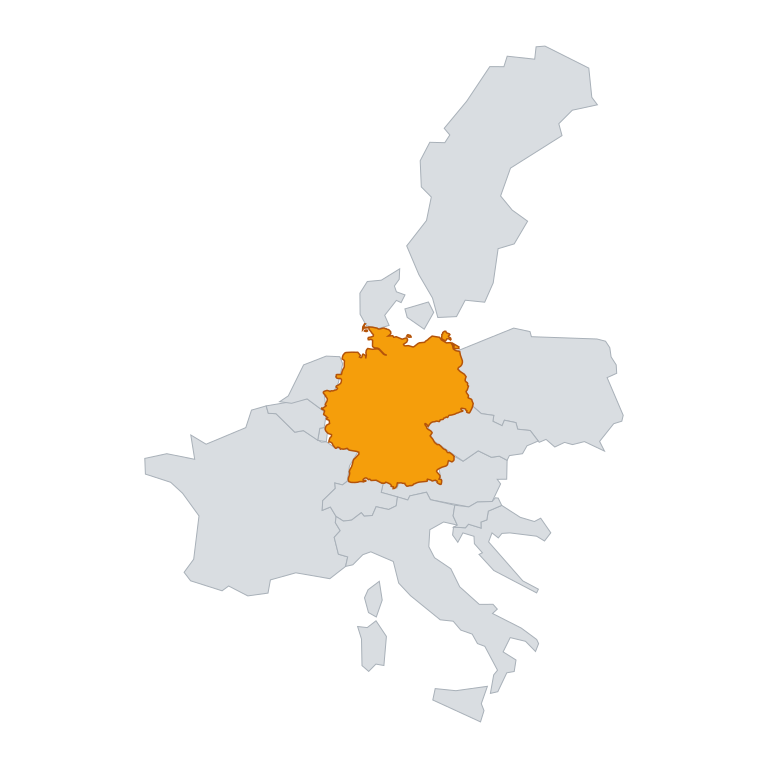 Germany highlighted among its neighbors
{"feature_id": "DEU", "entity_name": "Germany", "entity_type": "country or territory", "adm_level": 0, "iso_a3": "DEU", "parent_name": "Europe", "parent_adm1": "", "projection": "natural_earth1", "projection_center": [10.44, 51.169], "detail": "fine", "context": "with_neighbors", "style": "filled", "palette": "amber", "viewbox_px": 768, "rotation_deg": 0, "n_neighbors": 13, "source": "natural_earth", "source_scale": "50m", "svg_char_len": 11475}
<svg xmlns="http://www.w3.org/2000/svg" viewBox="0 0 768 768"><path d="M326.3,441.7L334.1,447.3L358.2,451.3L349.5,465.9L347.2,481.3L342.5,484.9L334.8,483.0L335.3,488.4L322.7,500.6L322.2,510.4L330.4,507.0L336.1,516.5L335.3,522.6L340.2,530.7L334.2,537.3L338.4,554.2L347.7,556.9L345.6,566.4L329.8,578.7L295.8,572.8L270.4,579.9L268.0,593.1L247.8,595.9L228.6,586.0L222.1,590.8L190.6,580.8L184.1,572.3L193.7,559.2L199.0,515.9L182.6,493.3L170.7,482.3L145.4,474.1L144.8,458.4L166.8,453.7L194.7,459.3L190.8,435.0L206.1,444.2L245.8,427.6L251.5,410.1L266.2,405.9L268.3,413.3L276.0,413.7L294.8,432.2L303.4,430.6L321.4,442.2L326.3,441.7ZM368.1,589.7L379.3,581.3L382.2,600.1L376.3,617.0L368.5,612.6L364.5,597.8L368.1,589.7Z" fill="#d9dde1" stroke="#a8b0b8" stroke-width="1"/><path d="M406.7,245.9L426.5,220.5L431.3,197.0L421.3,186.9L420.2,160.7L429.8,142.3L444.8,142.7L449.8,135.0L444.2,128.3L466.7,101.2L489.8,66.6L503.9,66.7L507.2,56.2L534.7,59.2L536.1,46.8L545.0,46.1L588.8,68.1L591.8,97.3L597.4,104.8L572.3,110.2L558.8,123.7L562.0,135.6L510.5,168.1L500.6,196.0L512.2,210.1L527.6,221.2L514.2,243.9L498.1,248.7L493.2,282.9L484.7,302.2L465.2,300.2L456.5,316.6L437.8,317.5L432.5,298.0L418.9,274.7L406.7,245.9Z" fill="#d9dde1" stroke="#a8b0b8" stroke-width="1"/><path d="M609.8,347.7L611.1,356.9L616.2,364.9L616.7,373.3L607.1,377.6L623.2,415.3L621.8,421.2L613.7,423.7L599.6,441.4L604.5,451.1L584.4,441.6L572.5,444.6L564.5,442.4L554.8,447.0L546.0,439.4L539.2,442.3L530.2,430.5L517.7,429.2L515.9,422.6L504.4,420.2L502.1,425.7L492.9,421.3L493.8,415.4L481.3,413.6L473.3,406.7L466.3,393.2L467.4,385.9L463.1,374.7L457.0,367.2L461.5,361.6L457.4,350.9L513.7,328.1L530.0,331.6L531.4,336.7L597.0,339.0L605.5,341.2L609.8,347.7Z" fill="#d9dde1" stroke="#a8b0b8" stroke-width="1"/><path d="M507.1,460.3L506.7,479.2L497.2,479.3L500.6,483.9L492.2,501.5L477.3,502.0L468.8,506.9L430.4,499.7L426.5,492.2L409.8,495.9L407.8,500.0L381.2,492.4L383.2,483.3L388.3,482.1L396.8,488.1L399.2,482.4L414.2,483.3L426.2,479.5L434.3,480.1L439.7,484.6L441.2,480.9L438.7,466.9L444.7,464.2L450.5,454.3L463.1,461.2L478.2,450.8L491.4,457.3L499.3,456.2L507.1,460.3Z" fill="#d9dde1" stroke="#a8b0b8" stroke-width="1"/><path d="M501.7,505.4L520.2,517.3L534.4,521.5L540.7,518.2L550.8,532.8L544.5,541.0L536.6,536.2L509.9,532.9L501.9,533.4L498.3,537.9L492.0,532.9L488.6,541.9L522.8,580.9L538.4,589.2L536.6,592.9L493.8,570.5L479.0,554.4L482.4,552.8L474.4,543.7L474.0,536.3L462.9,532.9L457.8,542.3L452.6,535.0L453.5,527.1L465.4,527.8L468.5,524.2L481.1,528.1L480.9,522.1L486.8,519.9L488.3,511.1L501.7,505.4Z" fill="#d9dde1" stroke="#a8b0b8" stroke-width="1"/><path d="M383.2,483.3L381.2,492.4L397.5,496.9L396.2,505.8L388.7,509.5L376.1,506.7L372.3,515.5L364.2,516.2L361.3,512.7L351.6,520.1L343.4,521.1L336.1,516.5L330.4,507.0L322.2,510.4L322.7,500.6L335.3,488.4L334.8,483.0L342.5,484.9L347.2,481.3L361.6,481.4L365.1,476.7L383.2,483.3Z" fill="#d9dde1" stroke="#a8b0b8" stroke-width="1"/><path d="M324.2,427.5L327.4,432.4L326.3,441.7L317.7,440.3L319.8,428.3L324.2,427.5Z" fill="#d9dde1" stroke="#a8b0b8" stroke-width="1"/><path d="M326.4,413.2L324.2,427.5L319.8,428.3L317.7,440.3L303.4,430.6L294.8,432.2L276.0,413.7L268.3,413.3L266.2,405.9L307.1,398.9L326.4,413.2Z" fill="#d9dde1" stroke="#a8b0b8" stroke-width="1"/><path d="M339.8,356.7L342.7,363.8L338.3,383.0L334.0,391.0L324.0,391.0L326.4,413.2L307.1,398.9L291.6,403.3L279.6,401.7L288.3,395.9L303.6,364.9L326.2,356.1L339.8,356.7Z" fill="#d9dde1" stroke="#a8b0b8" stroke-width="1"/><path d="M397.5,496.9L407.8,500.0L409.8,495.9L426.5,492.2L430.4,499.7L454.8,505.2L453.1,515.9L457.3,525.1L443.6,522.0L429.8,529.7L428.8,546.7L434.5,557.7L450.8,568.7L459.7,586.8L479.3,604.4L493.0,604.3L497.3,609.1L492.5,613.5L521.3,628.1L536.7,639.5L538.6,643.6L535.5,651.5L525.5,641.3L510.2,637.6L503.1,651.9L516.0,660.0L514.2,671.5L506.8,672.8L497.8,691.7L490.4,693.4L493.7,674.9L497.5,670.2L484.8,646.3L477.5,643.6L472.2,634.1L460.8,630.1L453.2,621.2L440.2,619.8L410.5,595.7L398.7,583.1L393.3,561.5L370.8,551.8L362.8,554.7L352.8,564.8L345.6,566.4L347.7,556.9L338.4,554.2L334.2,537.3L340.2,530.7L335.3,522.6L336.1,516.5L343.4,521.1L351.6,520.1L361.3,512.7L364.2,516.2L372.3,515.5L376.1,506.7L388.7,509.5L396.2,505.8L397.5,496.9ZM455.9,690.7L487.4,686.3L481.3,703.7L484.0,710.6L480.5,721.9L432.8,700.0L435.2,688.6L455.9,690.7ZM367.2,627.6L376.0,620.8L386.4,636.4L383.9,665.5L375.9,664.1L368.7,671.4L362.0,665.6L361.5,639.0L357.6,626.5L367.2,627.6Z" fill="#d9dde1" stroke="#a8b0b8" stroke-width="1"/><path d="M389.1,325.4L378.7,328.5L366.5,325.8L360.1,314.3L359.9,293.2L367.3,281.5L381.3,280.2L399.7,268.8L399.2,279.3L394.4,286.0L396.4,291.8L405.0,294.9L401.1,302.6L396.4,300.4L384.7,315.3L389.1,325.4ZM428.4,302.0L433.7,312.4L424.2,329.2L407.2,317.4L404.9,308.9L428.4,302.0Z" fill="#d9dde1" stroke="#a8b0b8" stroke-width="1"/><path d="M454.8,505.2L468.8,506.9L477.3,502.0L492.2,501.5L495.3,497.8L498.2,498.1L501.7,505.4L488.3,511.1L486.8,519.9L480.9,522.1L481.1,528.1L468.5,524.2L465.4,527.8L453.5,527.1L457.3,525.1L453.1,515.9L454.8,505.2Z" fill="#d9dde1" stroke="#a8b0b8" stroke-width="1"/><path d="M473.3,406.7L481.3,413.6L493.8,415.4L492.9,421.3L502.1,425.7L504.4,420.2L515.9,422.6L517.7,429.2L530.2,430.5L538.2,441.0L527.0,445.8L522.5,453.7L509.4,455.6L507.1,460.3L499.3,456.2L491.4,457.3L478.2,450.8L463.1,461.2L432.3,439.9L427.5,424.6L461.6,406.5L466.0,409.0L473.3,406.7Z" fill="#d9dde1" stroke="#a8b0b8" stroke-width="1"/><path d="M382.0,483.3L376.2,480.2L371.1,480.5L370.3,479.5L369.6,479.2L369.0,479.6L368.5,479.6L366.7,478.1L365.9,477.9L364.9,478.1L363.6,478.9L363.0,479.8L363.2,480.4L363.9,480.6L365.6,480.4L365.8,480.6L365.9,480.9L365.7,481.2L364.3,481.4L363.9,481.8L363.5,481.9L361.8,481.6L359.6,481.6L357.8,482.2L355.0,482.5L351.1,482.4L348.9,481.6L348.3,480.1L348.4,478.0L349.4,475.1L349.7,473.0L349.3,471.7L349.9,469.7L351.4,467.1L352.4,464.3L353.0,461.4L353.7,459.4L355.2,458.1L358.9,454.1L358.8,452.2L356.6,451.4L350.0,450.3L348.6,449.8L347.4,448.4L346.6,448.4L345.0,448.9L343.1,449.2L341.8,448.9L340.9,449.0L340.4,449.2L340.2,449.0L339.8,447.8L338.0,447.2L337.3,447.3L336.8,447.9L336.0,448.3L335.4,448.2L332.7,444.8L332.6,444.2L332.1,443.2L330.8,442.2L329.6,441.8L328.9,442.0L329.0,440.7L329.6,438.8L330.0,437.8L330.7,437.1L331.4,436.5L331.5,435.5L331.5,434.6L328.8,433.7L327.6,433.0L325.7,430.8L325.2,429.5L325.3,428.3L325.5,427.3L326.4,425.3L329.6,423.5L329.3,421.7L329.3,420.7L328.5,419.9L327.0,419.6L326.6,419.1L326.4,418.7L327.6,417.6L326.3,416.7L325.7,415.8L323.8,414.7L323.6,414.3L324.6,411.0L323.9,410.1L323.1,409.6L322.1,409.3L321.6,408.9L321.5,408.4L321.7,408.0L322.9,408.1L326.1,405.9L326.2,405.5L325.3,405.2L325.2,404.3L326.8,401.5L327.2,400.3L327.3,399.5L327.3,398.6L325.6,396.3L325.6,395.5L325.0,395.1L323.3,392.9L323.4,392.0L324.4,391.3L327.0,390.4L329.1,391.0L330.1,391.5L331.2,390.8L332.8,390.9L336.5,389.7L337.1,389.1L337.5,388.5L337.5,388.3L336.1,387.1L336.1,386.6L336.3,386.1L336.7,385.8L337.5,385.5L338.4,385.0L340.5,383.5L341.2,382.2L341.5,379.8L341.0,379.0L340.4,378.5L338.2,378.5L336.8,378.1L336.1,377.3L335.9,376.7L336.3,376.3L336.4,375.7L336.2,375.2L336.3,374.8L336.9,374.5L341.2,374.5L341.6,374.1L341.9,372.1L343.0,369.2L344.1,367.5L344.3,366.8L344.3,362.9L344.5,360.9L343.7,359.9L342.1,358.9L342.5,356.8L343.1,355.1L344.7,353.1L346.0,352.5L351.7,352.2L357.8,352.3L360.4,355.4L359.4,357.0L360.9,357.7L361.6,357.4L362.2,356.1L362.6,354.5L363.1,354.1L365.0,355.2L365.7,356.0L365.7,358.5L366.4,355.1L365.9,352.7L366.3,350.4L367.1,349.2L367.8,348.5L372.4,349.3L377.4,348.8L379.3,349.7L383.5,354.2L385.0,354.9L386.8,355.2L384.3,354.2L379.1,348.8L377.6,348.1L375.2,347.9L373.7,347.4L372.7,346.6L372.5,345.8L372.6,340.4L371.7,339.6L370.5,339.3L369.8,339.7L368.3,339.7L368.0,338.5L368.4,337.5L371.4,336.9L373.3,336.1L373.4,334.6L372.2,333.5L370.7,331.3L369.0,329.3L368.9,327.0L372.6,327.2L377.2,328.2L378.3,329.0L379.7,329.0L382.2,328.3L384.1,328.0L384.9,328.5L386.1,328.6L386.2,329.0L388.6,329.6L389.6,330.5L390.7,331.8L390.8,333.7L389.4,335.1L388.2,336.0L392.7,335.7L393.8,337.3L396.2,336.7L402.2,339.2L405.8,338.0L406.8,337.9L407.6,340.0L406.7,342.1L403.5,344.3L404.2,345.6L405.2,345.9L408.3,345.6L413.1,347.0L414.1,346.6L418.0,343.5L419.5,342.8L424.6,342.3L425.6,341.1L427.6,339.9L428.9,338.6L432.1,336.1L439.5,337.3L441.4,339.9L446.4,342.9L450.9,342.6L452.5,345.4L453.3,348.9L454.7,350.0L455.9,350.7L459.7,351.5L460.4,355.1L462.4,360.8L462.4,362.6L461.8,364.6L460.6,366.2L459.0,367.2L458.1,368.2L457.9,369.3L460.0,371.4L464.3,374.2L466.1,376.7L465.4,378.7L465.1,380.3L465.5,381.2L466.2,382.0L467.2,382.6L467.7,383.5L467.5,384.7L467.7,385.5L468.5,386.1L468.1,387.2L467.3,389.8L466.1,391.4L466.5,392.7L467.5,394.2L468.2,395.0L468.5,395.7L468.1,397.5L468.3,397.9L471.3,399.2L471.8,399.8L472.1,401.0L473.2,403.6L472.4,407.0L471.7,408.8L469.8,412.4L469.3,412.9L468.6,412.9L467.5,412.6L466.7,412.1L466.9,410.8L466.4,410.7L465.8,410.0L465.6,409.1L464.9,408.8L461.8,408.2L461.2,408.4L460.8,409.0L461.5,410.0L462.8,410.8L462.7,411.2L459.9,412.0L458.2,412.8L456.6,413.2L454.9,414.1L451.7,415.0L449.3,415.3L448.8,415.5L447.9,417.1L447.3,417.5L446.3,417.0L445.7,417.3L445.1,417.8L444.5,418.0L444.0,418.0L443.1,419.4L440.3,419.8L439.5,421.4L439.1,421.6L437.9,421.3L436.2,421.1L435.2,421.6L434.0,421.8L432.6,421.9L431.0,422.8L429.4,424.5L428.6,425.9L428.1,426.4L427.3,425.1L425.7,423.6L425.1,423.6L424.9,423.8L425.0,424.6L425.6,425.7L426.4,426.5L426.9,428.2L428.1,429.4L429.9,430.3L431.1,431.2L432.1,432.5L432.1,432.9L431.8,433.4L430.1,435.8L430.4,436.4L431.9,438.0L432.9,439.3L434.2,441.8L435.0,442.8L437.2,444.6L439.0,444.6L440.8,446.1L442.8,448.3L444.2,449.3L445.3,449.6L446.1,450.3L447.2,452.1L447.8,452.6L449.6,452.5L452.0,454.3L453.4,455.6L454.2,456.6L454.0,457.1L454.0,459.7L453.7,460.5L452.7,461.4L451.9,461.9L448.7,460.6L448.3,461.0L447.5,464.6L446.9,465.3L446.0,466.0L442.0,467.2L438.9,468.7L437.5,469.6L436.6,470.8L436.6,471.5L439.9,475.5L440.0,477.2L439.0,479.1L441.3,479.6L441.7,480.5L441.6,482.2L441.3,483.7L441.0,484.3L440.3,484.4L438.7,483.7L437.6,483.0L437.1,482.5L437.1,481.9L437.3,481.6L436.9,480.9L435.4,480.2L433.9,480.5L432.8,480.9L432.0,480.9L431.2,480.3L430.0,479.8L427.4,479.2L427.2,479.4L427.3,480.7L427.0,481.3L419.1,482.1L416.7,482.8L414.9,483.7L413.6,484.1L413.3,484.7L412.0,485.5L410.5,485.7L410.2,485.5L407.7,486.2L406.6,486.1L405.2,484.5L404.8,483.8L404.8,483.4L402.6,483.3L401.2,482.8L398.2,483.0L397.5,482.8L397.3,483.0L396.9,485.7L396.3,486.7L395.3,487.9L394.1,488.5L393.1,488.6L393.2,487.8L393.4,486.8L391.7,486.5L391.1,486.2L391.3,485.4L391.0,485.0L390.6,484.4L389.5,483.7L387.3,482.7L385.8,482.2L385.2,482.8L384.1,483.3L382.4,483.1L382.0,483.3ZM450.5,337.9L451.0,339.3L450.5,340.0L448.7,338.8L446.9,338.8L445.8,340.6L445.0,340.7L442.1,339.0L441.7,338.2L441.6,337.6L441.9,335.2L441.8,334.5L442.7,333.7L442.8,332.5L444.4,331.3L445.8,331.3L446.2,332.3L446.9,333.0L449.3,333.8L449.6,334.2L449.9,334.7L448.8,335.7L448.4,336.2L448.8,337.0L450.5,337.9ZM458.9,346.9L458.7,347.5L458.9,348.5L458.2,348.5L456.2,348.7L454.2,348.4L453.8,347.1L454.1,345.9L453.3,345.1L452.6,344.6L452.4,343.9L452.5,343.2L458.9,346.9ZM363.0,329.4L362.6,329.9L362.8,326.9L364.6,323.8L365.3,323.9L364.6,324.7L364.3,325.3L364.0,326.5L364.2,327.1L368.2,327.3L367.7,327.8L363.6,328.2L363.0,329.4ZM411.1,337.1L408.7,337.2L407.7,336.3L406.7,336.1L407.3,335.1L407.9,334.7L410.3,335.4L411.1,336.7L411.1,337.1ZM367.5,331.0L366.8,331.5L365.3,331.4L364.4,331.0L364.7,330.4L365.6,330.1L366.2,330.0L367.3,330.2L367.5,331.0Z" fill="#f59e0b" stroke="#b45309" stroke-width="1.5"/></svg>